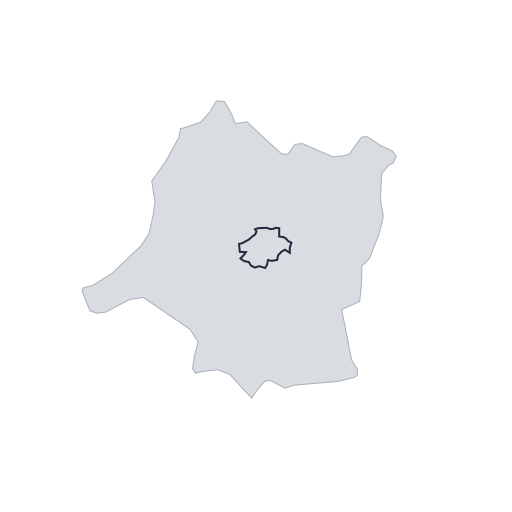 location of Glogovac within Kosovo, rotated 60°
{"feature_id": "KOS-5899", "entity_name": "Glogovac", "entity_type": "District", "adm_level": 1, "iso_a3": "XKX", "parent_name": "Kosovo", "parent_adm1": "", "projection": "albers", "projection_center": [20.868, 42.604], "detail": "fine", "context": "in_parent", "style": "outline", "palette": "slate", "viewbox_px": 512, "rotation_deg": 60, "n_neighbors": 0, "source": "natural_earth", "source_scale": "10m", "svg_char_len": 1554}
<svg xmlns="http://www.w3.org/2000/svg" viewBox="0 0 512 512"><g transform="rotate(60 256 256)"><path d="M158.3,189.9L180.6,182.7L183.8,177.6L178.8,166.5L181.8,159.6L208.4,140.0L212.8,131.0L214.4,124.0L210.9,116.6L205.9,104.9L208.3,100.0L222.1,93.2L233.2,85.4L239.8,84.8L243.9,90.5L243.9,96.3L247.6,106.2L255.8,111.4L269.5,120.1L285.4,126.0L297.8,137.8L314.9,158.9L317.5,169.3L332.9,178.6L347.2,189.0L345.1,208.5L393.9,225.2L404.8,224.9L410.1,227.9L410.0,232.3L406.3,246.0L386.7,288.1L385.1,296.8L370.8,306.0L368.9,311.3L373.0,322.8L376.9,330.9L376.6,330.9L345.7,337.9L335.4,345.9L329.3,359.8L327.3,367.0L321.9,367.3L312.8,360.1L301.3,349.0L286.4,349.9L235.5,374.3L230.5,387.2L229.3,414.9L225.9,422.4L220.4,427.2L199.3,424.1L197.1,422.3L199.9,411.6L198.9,388.4L189.5,349.8L182.8,337.1L169.0,324.5L158.3,316.2L138.9,308.8L129.2,287.5L114.7,263.4L107.7,257.8L108.8,255.4L112.4,237.3L108.3,224.1L101.9,212.8L106.4,206.0L119.9,206.2L131.1,207.6L135.2,196.8L158.3,189.9Z" fill="#d9dde1" stroke="#a8b0b8" stroke-width="1"/><path d="M237.0,264.5L238.0,261.9L238.2,254.2L237.3,249.6L237.0,246.2L235.2,243.4L232.3,243.4L233.0,240.2L236.8,232.9L239.9,230.1L241.2,227.2L241.4,224.9L243.6,222.0L250.7,226.2L253.3,222.8L255.7,221.4L259.4,220.6L262.1,218.7L266.0,222.8L270.1,225.1L265.0,227.8L265.0,231.5L266.4,236.5L270.0,239.6L268.2,244.6L265.5,247.7L269.1,250.8L271.0,254.0L266.4,258.3L265.5,262.7L261.8,265.2L257.7,265.2L254.4,268.9L250.4,270.7L248.9,265.7L247.6,262.8L244.4,267.9L238.8,265.5L237.0,264.5Z" fill="none" stroke="#1e293b" stroke-width="2"/></g></svg>